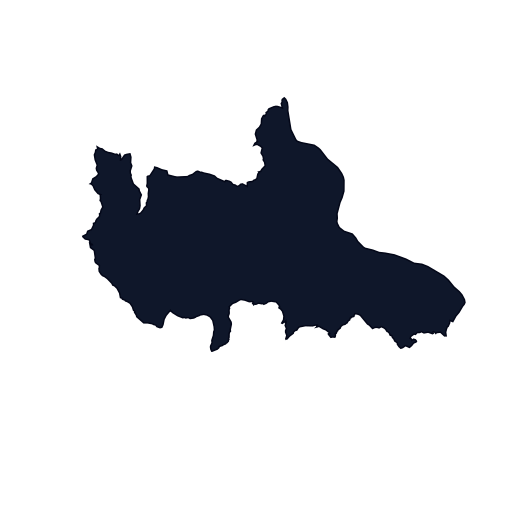 outline of Vetel, Hunedoara, Romania, rotated 47°
{"feature_id": "2599482B75379563819693", "entity_name": "Vetel", "entity_type": "district", "adm_level": 2, "iso_a3": "ROU", "parent_name": "Romania", "parent_adm1": "Hunedoara", "projection": "equal_earth", "projection_center": [22.747, 45.868], "detail": "fine", "context": "isolated", "style": "filled", "palette": "ink", "viewbox_px": 512, "rotation_deg": 47, "n_neighbors": 0, "source": "geoboundaries", "source_scale": "gbopen_adm2", "svg_char_len": 6133}
<svg xmlns="http://www.w3.org/2000/svg" viewBox="0 0 512 512"><g transform="rotate(47 256 256)"><path d="M90.2,327.9L91.2,327.3L93.5,327.2L97.6,328.7L102.6,328.9L105.2,327.8L105.1,328.3L107.8,330.4L109.2,332.2L110.4,332.1L115.7,334.6L116.8,338.0L118.6,340.5L118.4,341.7L119.6,342.5L120.4,343.7L120.5,347.1L120.9,348.7L122.1,350.8L121.3,352.6L122.7,353.7L124.3,357.7L124.4,358.6L123.1,362.2L124.6,364.9L123.4,369.2L124.1,369.5L127.1,369.3L130.4,366.9L133.9,368.4L135.1,368.5L135.5,367.9L136.2,368.0L135.7,368.8L133.6,369.1L137.0,371.3L141.2,370.5L142.1,370.8L148.0,374.9L148.7,376.4L150.6,377.6L151.8,377.8L156.1,377.0L157.9,378.8L158.1,379.4L160.3,381.1L163.7,381.7L165.7,381.6L167.8,380.7L171.1,380.1L177.7,380.0L179.6,380.6L181.2,379.8L184.8,379.6L190.1,381.0L194.0,383.5L195.3,382.8L196.5,383.1L199.0,381.9L199.8,382.1L201.5,381.2L204.7,380.3L208.9,381.0L212.2,382.6L214.0,382.3L214.4,383.2L217.6,383.8L219.1,384.6L228.3,383.7L230.9,380.9L234.7,378.1L236.7,377.4L237.9,376.4L240.1,376.6L243.0,375.1L243.9,373.5L242.8,370.9L239.6,366.4L238.1,362.3L237.3,355.8L238.0,356.1L238.5,355.6L240.3,355.6L246.3,354.0L251.3,351.6L251.9,350.4L253.6,349.5L253.6,349.0L255.2,347.3L256.8,346.8L259.0,343.6L258.6,343.1L259.4,342.3L259.5,341.1L260.8,338.2L261.0,337.1L263.0,334.0L265.7,332.1L269.2,331.0L273.6,331.5L279.2,334.8L281.8,336.9L282.7,338.7L285.1,341.3L287.6,345.8L289.6,347.4L290.8,350.4L291.5,351.3L293.4,352.6L295.4,353.3L295.7,353.0L297.7,347.8L297.7,345.6L297.1,344.6L298.6,341.4L298.5,340.6L299.5,338.2L299.3,337.5L299.6,336.4L299.4,334.3L298.5,333.3L298.5,332.7L297.3,332.0L297.1,331.2L294.5,328.7L293.7,327.4L293.6,326.0L292.3,325.1L289.0,320.5L287.3,319.3L281.7,318.0L281.1,317.2L280.2,316.8L280.5,316.1L279.6,314.7L276.8,312.3L276.4,311.2L274.8,310.2L274.7,305.5L276.0,302.4L277.0,297.6L277.7,296.5L280.7,294.2L284.8,292.1L286.8,289.7L287.5,289.3L288.0,289.3L287.8,289.7L288.5,290.9L289.1,290.6L290.1,290.9L290.0,290.0L291.2,289.0L292.2,286.3L294.9,284.3L295.8,283.1L296.6,283.2L297.5,280.8L297.7,278.4L299.4,275.6L303.4,272.5L308.1,272.7L309.3,273.4L309.1,274.7L309.3,274.1L309.7,274.6L311.6,274.1L314.5,274.3L319.1,276.6L321.5,279.4L322.6,282.9L323.2,282.7L323.7,278.9L324.2,279.9L324.6,279.7L324.4,278.9L324.6,278.9L325.0,279.6L325.2,279.2L325.5,279.6L326.7,282.0L329.9,283.2L330.7,285.1L331.9,286.3L335.1,287.6L336.9,290.7L337.3,290.8L337.5,289.9L337.8,289.7L337.4,286.2L337.9,281.5L337.2,280.5L337.1,278.6L338.0,276.7L337.4,274.4L337.4,272.6L340.6,267.4L345.6,262.3L347.1,259.6L348.3,258.4L348.8,259.4L349.3,259.4L349.3,260.1L349.8,259.2L349.7,258.8L350.6,257.8L355.1,256.5L357.5,255.3L361.9,254.6L363.1,255.0L363.1,255.5L362.3,256.1L362.6,256.4L366.5,256.7L367.5,255.1L369.1,253.7L369.1,253.3L367.8,251.6L366.7,250.9L367.2,249.9L366.2,248.1L366.4,247.4L365.9,246.6L366.2,243.7L365.4,242.1L365.5,239.7L366.7,237.3L366.7,235.7L367.0,235.2L366.3,232.7L366.6,231.1L365.7,229.7L366.0,228.5L365.5,227.7L366.3,227.0L366.9,225.6L366.2,224.9L366.2,224.1L365.6,223.0L366.2,222.4L368.4,220.9L370.5,220.1L381.8,220.8L383.9,220.2L388.5,220.2L389.3,217.8L390.7,216.1L392.5,215.0L393.1,212.5L395.9,211.4L397.8,211.1L400.5,211.6L401.5,211.1L403.0,211.0L405.5,211.9L406.8,211.0L408.6,211.7L411.0,211.8L412.8,212.5L415.7,211.8L417.1,212.8L419.9,213.2L422.2,213.0L423.0,211.3L423.5,207.8L427.5,206.1L427.6,203.3L427.1,200.2L428.0,197.6L427.9,196.9L427.4,196.7L426.0,196.6L424.3,197.5L424.1,199.6L422.6,199.0L421.4,199.4L420.5,198.0L420.4,197.2L420.8,193.7L422.1,192.8L421.8,190.5L423.6,188.4L424.1,186.6L426.8,185.6L429.1,182.0L433.2,179.9L433.4,179.1L432.2,178.5L432.3,177.8L433.1,177.3L435.2,177.3L435.0,176.4L437.5,173.0L443.0,172.6L444.1,171.4L441.1,169.3L439.3,166.6L438.3,164.5L438.5,163.5L437.1,160.2L435.4,158.1L438.2,156.8L436.2,150.8L435.6,145.9L433.6,139.1L433.3,136.8L432.5,134.9L430.0,133.3L424.9,131.9L420.8,131.7L413.6,132.4L404.7,131.8L398.9,132.3L380.9,137.6L375.2,140.3L369.1,145.4L360.5,148.5L349.5,154.1L341.9,159.7L337.4,163.6L331.4,166.6L324.7,171.0L322.8,171.5L314.7,171.7L310.8,170.8L305.6,170.6L297.9,174.8L292.0,175.7L287.6,174.4L285.8,173.3L283.8,170.8L280.3,167.9L274.1,158.1L272.0,153.3L268.5,147.5L260.6,140.0L257.9,138.4L254.0,137.1L246.9,136.0L233.9,137.7L222.1,136.6L219.6,136.8L214.7,137.9L204.0,145.6L200.2,147.6L198.1,147.6L187.3,144.3L171.3,133.6L168.8,131.1L165.2,128.5L161.6,127.4L159.6,127.5L159.4,130.0L160.3,131.2L161.3,131.7L161.7,133.5L165.8,135.7L161.3,138.3L160.1,139.4L159.0,141.3L157.2,146.1L157.4,147.3L158.3,148.5L158.0,150.8L159.2,151.6L159.7,154.1L158.6,154.1L158.4,155.0L159.5,158.3L163.1,162.1L164.2,165.6L164.2,169.8L166.4,173.3L172.0,176.0L172.9,177.3L173.3,177.1L172.8,179.9L173.6,182.0L174.2,180.3L175.3,178.9L178.8,177.8L181.2,177.6L184.1,182.0L187.8,182.8L189.9,184.1L190.6,185.2L193.2,185.7L196.3,187.7L196.6,192.5L197.3,194.9L196.3,196.8L197.3,196.9L197.3,198.7L200.0,202.6L199.8,204.4L199.1,206.1L199.2,207.6L197.0,210.6L196.4,212.2L199.1,215.0L194.0,216.8L193.0,218.5L193.2,219.6L192.9,221.2L192.0,222.5L190.2,222.7L187.8,224.2L185.1,223.9L183.1,224.6L180.4,226.3L180.0,226.9L180.5,227.9L180.3,228.2L172.5,231.6L169.2,231.8L164.6,234.2L159.6,237.7L157.6,238.7L157.1,239.5L154.3,240.7L153.5,242.1L153.1,246.7L151.7,249.8L151.3,251.9L144.5,259.9L142.7,261.3L136.6,265.2L133.0,263.2L128.7,266.1L123.9,268.2L121.9,269.5L123.0,270.9L125.0,279.0L123.9,280.6L123.8,281.4L128.8,286.0L130.2,288.0L130.9,288.4L132.8,288.2L134.4,289.1L136.8,292.1L139.4,294.3L141.0,296.7L141.1,297.5L142.0,298.3L142.4,300.0L144.6,301.7L144.6,304.9L145.5,307.2L146.0,311.2L145.5,312.7L144.2,314.6L142.9,312.1L142.0,309.0L140.1,306.5L135.4,302.6L133.1,298.2L128.9,297.0L127.2,295.9L119.7,296.6L114.0,294.2L112.6,293.4L111.7,292.1L109.7,291.4L107.9,289.9L105.4,285.4L102.2,284.1L98.4,280.1L95.3,278.5L93.5,281.3L92.6,283.3L93.8,288.6L93.4,289.6L90.9,287.1L88.6,286.1L89.0,287.6L88.7,288.1L86.6,288.3L85.6,289.7L82.2,291.5L79.4,293.6L76.5,295.0L72.7,295.5L70.8,296.9L67.9,297.7L69.6,298.7L69.7,299.8L69.2,300.9L70.7,302.8L71.8,305.2L76.0,308.0L81.3,310.1L82.9,312.9L84.6,314.0L87.7,314.6L88.8,315.4L89.1,318.7L88.3,322.7L90.4,326.5L90.2,327.9Z" fill="#0f172a" stroke="#020617" stroke-width="1.5"/></g></svg>